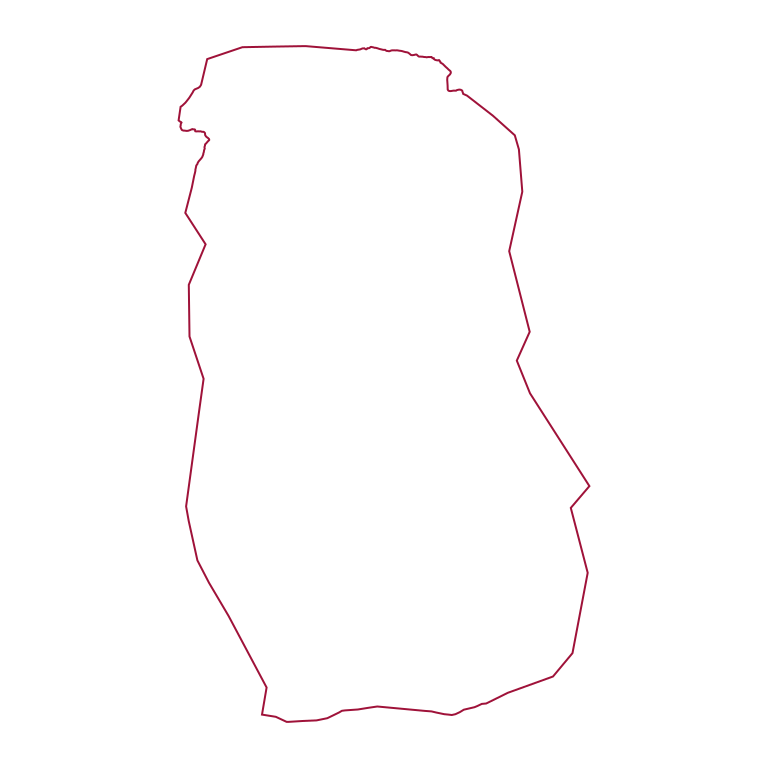 O'ndorxangai, Uvs, Mongolia
{"feature_id": "93677404B26996117801254", "entity_name": "O'ndorxangai", "entity_type": "district", "adm_level": 2, "iso_a3": "MNG", "parent_name": "Mongolia", "parent_adm1": "Uvs", "projection": "robinson", "projection_center": [94.78, 49.157], "detail": "fine", "context": "isolated", "style": "outline", "palette": "rose", "viewbox_px": 768, "rotation_deg": 0, "n_neighbors": 0, "source": "geoboundaries", "source_scale": "gbopen_adm2", "svg_char_len": 3391}
<svg xmlns="http://www.w3.org/2000/svg" viewBox="0 0 768 768"><path d="M178.6,120.4L180.0,121.6L180.9,122.0L181.3,122.3L181.5,122.6L181.2,123.1L180.9,123.8L180.7,124.7L180.6,125.1L180.7,125.6L180.5,126.2L180.4,126.8L180.7,127.6L181.6,129.6L182.1,130.1L182.9,130.4L183.6,130.6L184.4,130.6L185.2,130.7L186.5,130.9L188.0,130.8L189.8,130.2L192.0,129.2L192.4,129.1L192.9,129.4L193.9,129.3L194.8,129.5L195.1,129.8L195.1,130.4L195.1,130.9L195.4,131.3L196.4,131.4L198.3,131.3L199.3,131.4L200.4,131.3L201.2,131.5L202.0,131.8L203.4,131.8L204.1,132.1L204.7,132.7L205.0,133.2L205.1,134.1L205.1,134.9L205.4,135.5L206.0,136.4L206.6,137.0L207.3,137.5L207.9,137.9L209.0,139.0L209.2,139.6L209.2,140.0L208.9,140.4L208.0,141.2L207.3,142.0L206.6,142.8L206.1,143.5L205.6,143.8L205.2,144.3L205.0,144.9L205.0,145.5L204.5,147.0L204.5,147.6L204.7,148.2L204.7,148.7L204.3,149.6L204.0,150.7L203.8,152.1L203.3,153.6L203.3,154.3L202.3,156.9L201.4,158.2L198.7,161.3L197.8,162.7L197.4,164.0L196.3,165.5L195.8,168.0L195.4,169.6L195.4,170.8L194.9,173.1L194.2,175.8L191.8,187.7L185.3,212.9L205.6,244.3L188.8,284.8L189.5,336.5L203.6,378.8L199.1,411.2L186.1,506.4L188.7,520.9L197.4,560.4L209.0,582.8L228.6,616.0L266.6,687.5L262.0,714.6L262.6,714.7L275.8,716.8L286.7,721.9L288.0,721.9L302.5,721.0L316.5,720.4L327.3,718.2L333.5,715.2L339.2,712.4L341.9,710.8L345.0,710.4L350.6,710.0L357.8,709.5L368.4,707.8L377.3,706.5L424.8,710.9L431.5,711.4L436.1,712.5L444.3,714.2L448.5,714.6L451.8,715.0L455.4,714.2L459.9,712.1L463.8,709.7L474.5,707.2L477.4,706.0L481.8,703.9L486.2,703.5L507.8,692.8L553.0,676.5L572.5,653.1L587.7,572.8L570.8,507.9L589.4,486.1L530.0,393.3L516.8,360.6L529.7,331.8L509.2,251.2L522.3,191.7L518.9,149.4L514.8,135.3L493.0,115.8L467.0,95.6L463.2,93.9L462.9,92.8L462.5,91.8L462.2,90.6L460.8,89.8L459.5,89.6L458.6,89.7L457.3,90.0L456.5,90.3L456.0,90.7L455.4,90.7L453.9,90.6L452.4,90.8L451.4,91.0L450.3,91.1L449.2,91.0L448.3,90.5L447.7,89.5L447.6,85.5L447.4,82.5L447.3,81.0L447.2,79.9L447.3,78.8L447.3,78.0L447.5,77.0L448.2,76.1L450.0,74.4L450.8,72.9L450.8,72.0L450.3,71.0L448.6,69.6L447.3,68.3L445.6,66.8L444.5,65.7L442.8,64.0L441.7,63.3L441.0,62.9L440.6,62.7L440.4,61.9L439.9,61.5L439.7,61.3L439.7,60.8L439.3,60.4L439.0,60.1L438.5,60.2L437.6,60.4L436.4,60.2L435.2,59.9L434.0,59.1L433.7,58.8L433.8,58.3L433.7,58.1L433.0,58.1L432.4,58.1L432.0,57.5L431.5,57.0L430.8,57.0L430.0,57.1L428.9,57.0L427.8,57.1L427.1,57.2L426.6,57.3L425.8,57.1L424.1,57.0L422.5,56.7L420.4,56.6L419.2,56.6L418.6,56.4L417.7,55.6L417.0,54.9L416.4,54.5L415.8,54.5L415.0,54.7L413.9,55.0L412.2,55.2L411.0,55.0L410.2,54.3L409.4,53.6L408.2,52.7L407.0,52.3L405.5,52.1L403.7,51.6L402.4,51.2L401.1,50.9L399.3,50.7L397.7,50.4L396.6,50.3L395.3,50.4L394.1,50.3L392.4,50.3L391.2,50.5L390.5,50.8L389.5,51.2L388.7,51.2L387.6,51.0L386.6,50.9L385.6,50.3L385.2,49.9L384.5,49.9L383.6,49.9L382.5,49.7L381.0,49.3L379.6,49.0L378.4,48.6L377.3,48.2L376.7,48.1L375.8,47.8L374.6,47.8L373.5,47.4L372.1,47.1L371.2,46.9L370.6,47.0L370.0,47.6L369.2,48.1L368.7,48.2L368.0,48.2L367.5,48.2L367.2,48.4L366.9,49.0L366.3,49.3L365.6,49.2L364.8,48.7L364.3,48.3L363.6,48.4L362.7,48.4L361.5,48.8L360.5,49.3L359.6,49.5L358.4,49.7L357.1,49.9L356.2,50.3L305.5,46.1L273.9,46.6L242.4,47.2L207.2,59.1L201.1,84.8L199.9,86.7L198.3,87.9L194.8,89.4L193.6,90.6L192.7,92.4L189.4,97.6L188.1,99.3L185.4,102.7L182.2,105.7L180.6,106.8L178.6,120.4Z" fill="none" stroke="#9f1239" stroke-width="2"/></svg>